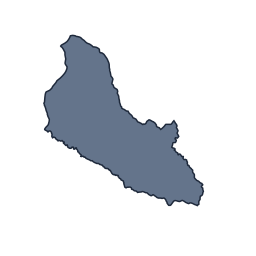 outline of San Joaquín, Santander, Colombia, rotated 122°
{"feature_id": "7082276B31143382537536", "entity_name": "San Joaquín", "entity_type": "district", "adm_level": 2, "iso_a3": "COL", "parent_name": "Colombia", "parent_adm1": "Santander", "projection": "orthographic", "projection_center": [-72.849, 6.47], "detail": "fine", "context": "isolated", "style": "filled", "palette": "slate", "viewbox_px": 256, "rotation_deg": 122, "n_neighbors": 0, "source": "geoboundaries", "source_scale": "gbopen_adm2", "svg_char_len": 5893}
<svg xmlns="http://www.w3.org/2000/svg" viewBox="0 0 256 256"><g transform="rotate(122 128 128)"><path d="M80.3,225.7L82.9,225.3L84.9,225.3L87.0,225.5L89.5,226.5L93.0,228.4L94.2,228.5L94.5,227.9L94.5,226.8L95.2,225.1L97.2,221.6L99.4,220.2L102.4,217.4L106.3,215.8L107.1,214.9L108.4,212.1L110.2,211.2L113.0,210.7L115.2,210.7L118.6,211.2L121.6,211.9L125.5,213.3L127.8,213.2L132.6,213.9L134.6,213.7L137.5,214.4L140.7,216.5L142.0,216.4L143.3,216.0L145.9,214.8L150.4,212.5L151.5,212.5L152.7,211.1L153.3,210.7L153.5,210.1L155.2,208.0L156.6,206.6L158.2,204.3L159.5,203.4L159.8,202.8L160.4,202.3L161.0,201.4L162.2,199.5L162.7,199.1L164.1,198.4L167.3,197.4L168.7,197.5L170.3,197.9L171.9,198.1L172.8,198.1L173.5,197.8L173.6,197.1L173.4,195.0L173.8,194.0L173.7,193.7L172.5,193.4L172.1,193.0L171.9,192.6L171.8,192.1L172.0,191.2L172.5,190.4L173.3,189.7L173.4,189.2L174.2,188.7L175.1,188.4L175.5,188.1L176.3,186.8L175.9,186.5L175.3,186.4L175.1,186.2L174.8,184.9L174.8,184.4L175.4,183.8L175.4,183.1L175.7,182.4L175.5,181.6L176.0,180.5L175.8,180.3L175.2,180.1L174.9,179.4L174.7,178.0L174.4,177.7L173.6,177.3L173.6,177.1L174.0,175.7L173.8,174.6L174.1,174.5L174.9,174.8L175.1,174.6L175.2,173.4L175.6,172.2L175.7,171.4L175.5,171.2L174.7,170.8L174.6,170.6L174.7,170.3L175.2,169.8L175.8,169.4L176.2,168.5L176.1,167.8L176.2,167.1L175.7,166.0L175.0,165.4L174.0,165.4L173.3,164.4L173.4,164.0L174.5,163.1L174.6,162.8L174.4,162.3L173.8,161.9L173.5,161.8L173.1,162.0L172.7,161.9L172.3,161.2L173.0,160.6L173.6,158.9L173.9,158.5L174.7,158.0L174.8,157.8L174.6,157.0L174.6,156.8L175.1,156.2L175.4,155.5L175.5,153.8L175.7,153.4L177.1,153.0L177.0,152.6L176.5,151.9L176.1,151.7L175.8,151.1L175.7,150.6L176.0,150.0L176.0,149.7L175.6,149.4L175.5,148.6L176.0,147.5L175.8,146.2L175.7,145.0L175.4,144.0L175.5,142.4L175.4,142.0L174.7,141.0L175.0,139.5L175.0,138.2L174.6,135.6L174.4,135.2L173.9,134.7L173.7,133.9L173.9,132.6L173.5,131.9L173.5,131.0L173.1,129.9L173.4,129.3L173.8,128.8L173.9,128.5L173.7,127.7L173.7,127.2L174.1,126.8L174.2,126.4L174.0,125.0L173.4,124.5L173.1,123.5L173.1,123.0L173.2,122.8L173.5,122.6L173.6,122.3L173.3,121.6L173.3,121.4L173.6,121.0L173.4,120.5L175.0,117.6L175.3,116.2L175.1,115.2L174.7,114.9L174.6,114.7L174.8,114.2L174.8,113.6L174.2,113.4L174.1,112.3L173.6,111.6L173.5,111.2L174.0,110.9L174.3,110.7L174.5,110.4L174.6,109.7L175.2,108.6L175.0,107.5L175.1,107.1L175.6,106.6L175.7,106.2L175.4,104.4L175.5,103.7L176.0,103.5L176.6,102.5L177.5,102.0L178.2,101.1L179.8,99.4L179.8,98.0L179.6,97.8L178.9,97.5L178.6,97.2L177.0,94.9L176.9,94.1L177.0,93.5L177.2,93.2L177.9,92.6L178.0,92.3L177.6,91.2L177.9,89.4L177.2,87.8L177.2,86.9L177.6,85.8L176.5,84.6L175.2,82.8L174.7,82.6L174.4,82.3L173.9,81.3L173.5,78.7L173.1,78.0L172.9,77.4L173.4,75.1L173.3,73.3L173.2,72.6L173.0,72.3L172.6,72.0L171.5,71.6L171.1,70.9L171.3,70.3L171.4,67.5L171.6,66.6L171.4,65.9L171.4,65.3L170.5,63.8L169.9,62.7L169.7,61.8L168.8,61.0L168.3,60.2L168.5,59.0L168.9,57.9L169.7,56.9L170.3,55.5L170.7,55.3L171.1,54.9L171.8,53.1L172.0,52.5L171.3,51.3L170.7,50.9L169.8,50.8L166.0,50.5L164.9,50.0L164.4,49.3L164.0,48.3L163.7,47.1L163.2,45.6L162.7,45.0L160.8,43.8L160.5,43.2L160.4,41.6L160.5,39.5L160.1,36.9L159.9,36.4L158.9,35.9L158.3,35.2L158.0,34.4L157.7,32.8L157.6,31.1L157.1,28.9L157.1,28.2L156.5,28.2L155.7,27.7L155.1,27.5L152.9,29.0L151.6,29.1L150.7,29.0L150.3,29.1L148.8,30.0L147.5,30.5L147.2,30.4L146.7,29.9L145.8,29.6L145.1,29.6L144.1,29.8L143.3,30.3L142.0,30.4L141.7,30.6L141.3,31.1L140.2,32.3L139.4,32.7L139.2,34.0L138.9,34.6L138.3,34.8L137.1,34.5L136.7,34.5L136.4,34.7L136.4,35.4L135.9,35.9L136.2,37.7L136.1,38.3L135.7,39.9L136.0,41.9L135.3,44.7L134.8,45.5L132.8,46.7L132.4,47.0L131.8,48.1L131.5,49.3L131.3,49.6L130.6,50.2L129.5,50.8L129.3,51.9L128.9,52.9L128.7,54.5L128.6,55.0L127.9,55.9L127.6,56.4L128.0,57.4L127.8,57.8L127.4,57.9L127.2,58.2L126.7,59.0L125.5,59.5L124.9,60.7L124.2,61.2L124.1,61.5L124.1,61.8L124.2,62.6L125.1,63.7L125.0,64.1L124.6,65.2L124.2,65.5L123.3,65.7L123.0,65.9L122.9,66.1L123.1,66.5L123.7,67.3L123.6,67.7L123.1,68.5L122.8,69.2L122.6,70.0L122.7,70.4L123.2,70.9L124.0,71.1L124.1,71.3L123.6,71.9L123.3,72.1L122.8,72.8L123.0,74.4L122.4,75.5L122.2,76.9L121.3,76.8L120.9,76.9L121.1,77.8L120.8,78.1L120.7,78.3L121.1,79.2L121.2,80.4L121.1,80.7L119.0,81.2L118.1,81.5L117.3,81.9L116.9,82.0L116.7,81.9L116.3,81.7L115.4,80.3L114.8,80.1L113.2,80.3L112.7,80.7L112.3,82.3L111.5,82.6L111.2,82.6L110.9,82.4L110.8,81.6L110.4,80.8L110.0,80.7L108.3,80.5L107.6,81.4L106.8,83.0L106.3,83.7L104.3,84.0L103.6,84.3L103.4,84.6L103.1,85.4L102.7,85.8L102.2,87.0L101.4,87.4L100.3,87.5L100.1,87.7L100.0,88.2L99.3,88.7L98.9,90.2L98.4,91.0L97.5,92.9L99.2,93.2L101.1,93.2L102.0,93.5L102.4,93.9L104.8,97.8L105.3,98.0L106.9,98.1L108.4,98.4L110.6,99.0L111.9,99.5L111.2,101.7L111.6,103.3L111.6,104.5L111.2,105.0L110.5,105.4L109.5,107.6L109.3,109.8L109.5,110.6L109.6,113.5L109.9,114.5L112.4,115.5L114.5,115.3L114.9,115.3L116.0,115.9L116.2,116.7L116.4,116.9L117.1,117.2L117.3,117.6L117.1,118.0L117.2,118.7L117.1,119.5L117.3,120.0L117.2,121.0L117.5,122.0L117.6,123.1L116.3,125.9L116.3,126.3L116.4,127.1L116.4,127.8L116.7,128.7L116.6,129.3L115.7,130.8L115.3,131.9L114.9,134.8L113.7,136.9L114.4,138.2L114.4,138.8L114.3,140.3L114.3,141.3L114.5,142.0L114.5,143.8L113.5,144.6L113.3,145.8L112.2,146.9L110.6,148.9L109.5,149.6L107.5,151.6L105.9,152.8L104.2,155.5L102.3,156.2L101.2,157.5L101.1,157.8L101.1,161.1L100.8,161.7L99.5,163.3L99.3,163.8L99.2,164.8L98.8,165.2L98.4,165.4L94.5,166.7L93.7,168.0L93.0,170.0L90.3,172.4L89.1,173.9L87.9,174.6L86.9,175.7L84.1,177.6L83.0,178.7L80.6,182.1L80.1,183.1L78.3,187.4L78.1,189.5L78.3,190.3L78.8,191.2L78.8,191.8L78.0,192.9L76.6,193.9L76.3,194.4L76.2,195.1L76.3,197.4L76.9,199.1L77.7,200.6L77.3,202.4L77.2,204.3L77.3,205.7L77.7,207.3L77.6,209.3L77.0,211.7L76.9,213.9L76.5,215.4L76.5,217.1L77.2,219.3L77.7,220.3L77.8,221.7L78.3,223.0L78.9,224.2L80.3,225.7Z" fill="#64748b" stroke="#1e293b" stroke-width="1.5"/></g></svg>